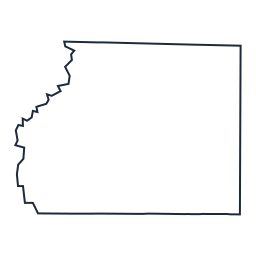 Ashley, Arkansas, United States of America (Equal Earth projection)
{"feature_id": "52423323B23715920537836", "entity_name": "Ashley", "entity_type": "district", "adm_level": 2, "iso_a3": "USA", "parent_name": "United States of America", "parent_adm1": "Arkansas", "projection": "equal_earth", "projection_center": [-91.919, 33.202], "detail": "fine", "context": "isolated", "style": "outline", "palette": "slate", "viewbox_px": 256, "rotation_deg": 0, "n_neighbors": 0, "source": "geoboundaries", "source_scale": "gbopen_adm2", "svg_char_len": 720}
<svg xmlns="http://www.w3.org/2000/svg" viewBox="0 0 256 256"><path d="M38.0,213.4L76.9,213.7L77.5,213.7L102.4,213.6L142.2,213.9L148.7,213.6L184.5,214.1L184.8,214.1L187.8,214.0L190.6,214.1L200.3,214.1L202.8,213.9L207.1,214.0L226.8,214.0L230.4,214.3L239.9,214.4L240.6,45.7L191.4,44.6L103.2,42.4L97.1,42.4L64.2,41.6L65.3,46.4L74.2,50.6L71.1,54.4L71.9,60.0L65.1,66.8L69.7,75.8L68.5,83.9L57.9,86.0L60.6,91.1L51.7,95.8L47.0,94.4L48.6,99.8L46.3,103.8L36.4,106.8L37.4,112.0L32.9,110.9L31.7,117.4L27.1,120.7L22.7,118.6L22.9,125.9L18.4,125.0L15.8,130.4L17.6,140.4L15.4,145.2L24.2,147.6L23.4,158.8L18.2,164.6L16.9,174.3L18.0,186.0L23.0,186.1L24.9,202.9L32.9,202.9L38.0,213.4Z" fill="none" stroke="#1e293b" stroke-width="2"/></svg>